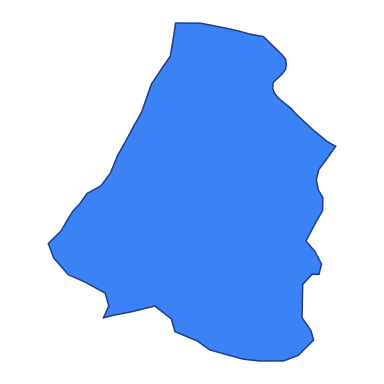 Tongchang, P'yŏngan-bukto, North Korea (orthographic projection)
{"feature_id": "82179303B87943019672886", "entity_name": "Tongchang", "entity_type": "district", "adm_level": 2, "iso_a3": "PRK", "parent_name": "North Korea", "parent_adm1": "P'yŏngan-bukto", "projection": "orthographic", "projection_center": [125.536, 40.225], "detail": "fine", "context": "isolated", "style": "filled", "palette": "blue", "viewbox_px": 384, "rotation_deg": 0, "n_neighbors": 0, "source": "geoboundaries", "source_scale": "gbopen_adm2", "svg_char_len": 1000}
<svg xmlns="http://www.w3.org/2000/svg" viewBox="0 0 384 384"><path d="M72.9,211.1L68.6,217.9L61.2,230.8L48.3,243.5L53.8,258.2L68.4,274.7L85.0,282.1L105.2,293.1L108.8,305.9L103.5,317.8L114.3,315.1L132.7,311.5L154.8,306.0L171.3,318.8L175.0,331.7L197.0,340.8L209.9,350.0L243.0,359.1L259.6,361.0L283.5,360.9L298.2,355.4L313.6,340.1L310.9,330.5L302.0,317.6L302.4,299.8L302.7,284.4L312.1,274.3L319.0,274.3L321.5,264.1L314.8,251.3L305.9,241.0L315.4,223.2L322.6,210.5L322.8,197.7L318.4,190.0L316.3,179.8L318.8,169.6L328.2,156.9L335.7,146.2L332.1,144.4L326.6,141.1L312.8,129.7L295.6,113.6L291.6,109.0L277.7,97.6L274.4,93.0L272.7,88.4L273.2,82.5L282.0,74.1L285.5,69.5L286.3,64.2L285.5,59.1L281.8,54.5L278.7,51.5L263.4,36.6L248.5,33.8L239.4,31.2L228.0,28.6L214.4,25.9L200.7,23.2L187.0,23.1L175.6,23.0L172.9,40.9L170.3,56.2L163.2,66.4L151.4,84.1L141.6,112.1L134.5,124.8L124.9,142.6L117.7,155.3L110.4,173.1L101.0,185.8L87.1,193.4L80.0,203.5L72.9,211.1Z" fill="#3b82f6" stroke="#1e3a8a" stroke-width="1.5"/></svg>